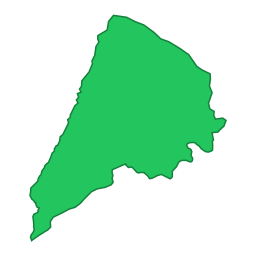 the district of Kokoyah, Bong, Liberia
{"feature_id": "62588387B51807838510700", "entity_name": "Kokoyah", "entity_type": "district", "adm_level": 2, "iso_a3": "LBR", "parent_name": "Liberia", "parent_adm1": "Bong", "projection": "mercator", "projection_center": [-9.579, 6.517], "detail": "fine", "context": "isolated", "style": "filled", "palette": "green", "viewbox_px": 256, "rotation_deg": 0, "n_neighbors": 0, "source": "geoboundaries", "source_scale": "gbopen_adm2", "svg_char_len": 2810}
<svg xmlns="http://www.w3.org/2000/svg" viewBox="0 0 256 256"><path d="M31.6,240.6L32.5,239.9L34.2,238.7L36.2,237.3L37.5,236.3L44.4,231.9L47.7,230.0L50.6,227.1L50.3,221.7L51.1,220.4L53.3,217.1L54.6,216.5L60.6,213.6L62.7,212.6L63.2,212.3L68.9,209.2L75.1,207.3L77.1,205.8L80.3,203.4L83.3,200.0L84.2,199.0L89.5,193.7L89.8,193.4L91.5,191.7L97.1,188.9L104.9,187.4L111.2,184.8L111.9,183.9L113.2,182.1L113.0,181.7L112.1,178.3L112.9,175.7L112.0,171.9L112.4,169.6L116.0,168.1L121.8,165.5L124.3,164.5L125.1,164.1L125.7,164.8L126.1,164.7L126.5,165.6L128.4,167.5L128.9,167.4L130.4,167.0L130.7,167.2L132.0,167.0L136.8,172.3L138.5,173.0L140.2,172.5L142.8,172.5L143.9,172.5L144.4,173.2L145.1,173.5L148.1,176.3L149.0,177.9L149.4,178.3L149.8,178.7L151.7,178.3L152.2,178.2L153.2,177.7L157.3,175.6L161.3,174.4L166.7,177.1L169.9,178.7L170.5,178.7L172.1,177.2L172.3,175.7L172.4,171.2L172.8,170.7L173.5,169.9L176.3,167.0L177.0,165.6L178.2,163.3L178.9,162.0L181.6,160.4L183.5,160.4L183.8,160.4L186.0,160.3L189.4,161.7L191.0,161.9L192.2,161.0L192.6,159.2L192.7,158.5L191.6,156.4L191.0,155.4L191.3,154.0L191.8,151.5L191.3,150.9L191.3,150.0L189.8,148.6L189.0,148.5L188.4,148.4L187.5,146.9L186.6,145.4L186.9,144.2L188.2,143.5L189.4,142.7L192.5,142.5L195.1,142.7L195.7,143.4L196.5,144.3L199.3,146.2L201.2,148.7L203.6,150.4L205.4,151.6L208.3,152.1L211.1,151.1L212.5,150.2L212.7,146.0L212.5,142.9L212.5,142.4L212.4,140.9L213.5,140.1L212.6,135.8L212.1,132.7L218.1,132.0L219.7,130.0L224.0,126.0L226.0,120.4L222.7,118.1L215.4,119.1L213.8,115.4L214.1,111.4L213.4,111.0L209.8,108.8L208.5,103.1L212.1,92.8L210.8,89.5L209.4,86.1L210.4,79.1L210.1,73.8L202.5,70.2L201.8,69.8L196.9,66.5L188.6,54.5L188.0,54.1L186.7,53.3L181.0,49.2L169.1,41.9L168.9,41.8L160.8,38.9L154.2,32.6L143.9,25.0L138.3,22.8L135.3,21.7L126.7,17.3L114.4,15.5L113.5,15.4L108.6,21.4L107.2,30.0L98.3,35.3L97.8,35.8L97.8,39.4L98.9,42.0L96.0,46.5L95.3,51.5L94.7,55.5L92.0,60.8L92.4,63.9L89.0,72.1L81.8,80.9L81.5,86.3L79.5,89.1L81.1,92.1L80.2,92.5L77.4,93.6L77.8,94.7L78.6,97.4L76.4,99.9L78.0,103.0L74.9,105.7L70.4,114.9L70.1,117.6L67.7,119.6L67.8,120.1L67.9,120.4L68.5,123.1L62.8,134.6L60.2,136.7L59.6,141.2L57.5,145.5L56.3,145.6L55.2,147.5L54.3,149.2L54.4,151.2L52.6,152.7L52.1,153.2L51.5,155.2L50.9,156.8L50.7,157.4L49.8,159.3L48.8,161.7L48.5,162.5L47.1,163.4L45.0,165.5L44.2,167.9L42.2,170.5L41.9,171.1L40.9,175.0L39.7,175.9L38.1,179.0L37.8,181.3L36.0,182.9L35.9,183.1L30.9,188.0L30.7,190.1L30.6,192.0L30.0,195.6L31.8,199.1L33.8,200.7L34.7,202.5L35.7,202.5L36.1,205.1L37.1,207.1L39.1,207.9L38.0,210.2L38.2,211.2L37.9,211.7L37.8,212.3L37.3,212.6L37.1,212.7L34.3,214.1L33.8,214.4L32.9,216.7L33.3,219.7L33.8,224.5L33.6,227.0L34.3,229.3L33.8,230.5L33.1,232.4L31.2,234.8L30.5,237.5L31.2,238.8L31.2,239.1L31.3,239.7L31.6,240.6Z" fill="#22c55e" stroke="#15803d" stroke-width="1.5"/></svg>